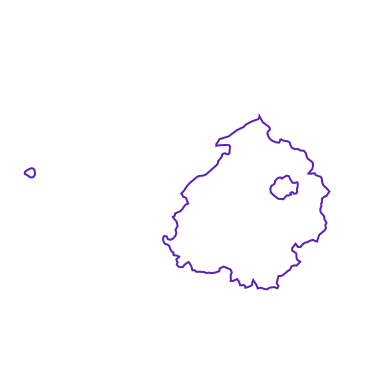 outline of North Gyeongsang, rotated 227°
{"feature_id": "KOR-2509", "entity_name": "North Gyeongsang", "entity_type": "Metropolitan City", "adm_level": 1, "iso_a3": "KOR", "parent_name": "South Korea", "parent_adm1": "", "projection": "equal_earth", "projection_center": [128.783, 36.538], "detail": "fine", "context": "isolated", "style": "outline", "palette": "violet", "viewbox_px": 384, "rotation_deg": 227, "n_neighbors": 0, "source": "natural_earth", "source_scale": "10m", "svg_char_len": 3824}
<svg xmlns="http://www.w3.org/2000/svg" viewBox="0 0 384 384"><g transform="rotate(227 192 192)"><path d="M198.1,183.0L198.5,187.5L199.7,192.0L200.1,196.5L199.6,205.8L199.1,207.8L196.6,211.1L195.6,212.9L195.2,215.1L194.9,228.3L195.2,230.1L195.7,231.1L196.2,231.5L196.7,232.0L197.1,235.7L197.8,238.6L198.4,239.1L198.9,239.7L198.6,241.4L197.9,242.4L197.1,242.8L196.2,243.1L194.9,244.3L194.8,245.8L196.5,247.6L197.8,249.1L199.1,250.8L200.8,251.1L202.9,249.3L208.1,243.1L209.2,241.3L210.5,242.5L210.8,244.4L211.4,246.3L211.9,248.5L210.6,250.7L207.6,257.0L207.4,259.9L206.5,267.4L204.4,273.9L204.5,278.0L202.4,285.1L200.8,288.5L200.1,290.2L200.7,292.2L201.4,293.0L194.8,291.3L187.0,292.8L185.7,292.4L184.6,291.6L184.4,290.2L184.4,288.5L183.6,287.2L180.7,285.8L177.9,285.2L175.0,285.6L171.5,287.0L168.7,289.3L169.2,290.8L170.0,292.2L169.5,293.3L168.2,293.4L166.1,294.7L164.1,296.4L161.7,297.3L159.3,296.0L156.1,295.2L153.1,296.5L152.2,297.8L151.0,298.9L149.8,299.1L148.6,299.5L145.9,301.9L142.8,301.8L140.3,300.3L137.5,299.4L134.4,300.0L131.4,300.4L128.8,298.6L126.8,295.8L126.1,289.8L124.2,291.4L122.1,294.5L119.8,294.0L115.4,296.5L113.1,296.0L110.9,294.2L108.7,293.1L106.3,292.6L103.8,293.0L98.7,292.8L97.4,287.7L98.4,285.2L98.5,282.7L97.4,281.3L96.1,280.4L95.8,279.5L95.3,278.4L93.5,277.1L92.4,274.8L90.8,273.0L88.7,272.2L86.4,272.2L84.0,272.0L82.6,271.0L81.6,270.1L79.1,269.8L78.4,269.6L77.7,269.3L77.4,268.4L77.3,267.5L76.6,266.8L75.8,266.2L74.1,265.2L73.5,262.7L73.9,255.7L70.5,249.6L72.5,248.5L74.6,247.8L75.9,245.1L76.6,242.3L77.2,241.0L78.0,240.0L78.2,238.2L78.2,236.7L77.8,233.8L79.8,231.9L81.7,232.3L83.5,232.5L82.6,226.8L80.7,225.3L76.5,226.4L74.9,225.6L72.6,223.5L70.6,222.8L67.2,223.6L66.8,218.4L68.6,216.7L69.8,214.2L68.9,212.5L68.4,210.6L68.9,208.0L69.2,202.0L70.1,199.5L71.6,198.0L67.6,191.7L64.3,191.2L63.4,188.7L64.6,188.1L65.8,187.8L67.0,186.5L68.9,183.8L69.4,182.7L69.3,181.7L69.6,180.4L72.1,178.6L75.0,177.1L76.8,174.3L79.9,175.7L85.8,176.7L84.6,174.3L83.0,172.1L83.6,169.9L84.6,167.5L85.6,165.7L86.9,166.6L88.6,166.5L89.9,164.5L91.3,163.6L92.7,164.5L95.2,165.4L97.6,165.6L98.2,163.8L98.6,162.2L99.4,160.7L100.5,159.6L101.6,160.9L102.9,161.9L104.9,163.7L106.1,166.3L109.0,167.3L115.9,164.3L117.2,160.0L116.1,158.9L115.5,157.9L116.5,155.8L117.4,153.8L119.2,151.1L121.8,149.1L122.5,147.8L123.5,146.9L125.2,146.3L126.6,144.9L128.7,143.0L130.6,140.9L131.4,140.4L132.3,140.8L133.5,140.1L134.5,138.9L136.6,140.1L138.6,141.0L141.1,141.5L143.1,141.8L143.6,139.4L143.9,136.9L143.4,134.3L144.8,132.3L147.1,131.2L149.3,131.4L150.5,133.6L152.1,133.9L153.5,134.7L153.3,136.6L153.5,138.5L155.9,137.5L158.3,135.5L159.3,136.0L160.0,137.0L160.9,137.1L162.0,136.6L165.2,137.2L168.2,138.7L170.4,138.1L172.6,136.8L175.4,137.5L178.0,139.2L178.8,141.7L176.8,143.2L174.4,142.2L172.9,142.8L171.5,143.9L170.9,146.6L171.3,150.2L173.0,152.9L175.7,154.2L176.3,156.5L177.1,158.5L179.0,159.4L180.7,160.5L186.8,160.9L186.4,163.4L187.2,164.1L187.8,164.9L186.9,167.7L185.8,170.6L186.1,173.6L186.8,176.3L187.1,178.7L186.1,181.3L191.9,183.6L194.5,182.3L197.2,183.0L198.1,183.0ZM141.9,266.9L143.2,265.5L143.7,263.7L143.6,261.9L143.4,260.2L142.6,259.3L141.9,258.3L141.9,255.5L142.3,254.8L142.3,253.9L141.3,251.9L137.9,249.3L133.6,249.6L128.3,250.4L124.4,253.9L124.9,258.9L123.5,260.5L122.6,262.7L123.4,262.8L124.1,263.1L124.0,264.2L123.6,265.2L122.3,265.5L121.1,265.5L119.9,267.2L120.4,269.2L121.7,269.8L122.9,271.0L123.9,273.1L125.3,274.4L126.3,275.1L127.1,275.7L127.7,275.2L128.9,272.9L130.1,271.9L132.8,272.2L137.6,273.6L139.4,272.4L139.7,271.3L139.7,270.6L140.4,268.4L140.6,267.5L140.5,266.8L141.3,266.7L141.9,266.9ZM319.2,82.1L320.6,83.3L320.5,86.0L319.6,89.1L318.7,91.1L317.1,91.9L315.0,91.5L313.0,90.2L311.6,88.5L311.2,86.3L311.9,84.7L313.3,83.6L316.3,83.1L318.2,82.4L319.2,82.1Z" fill="none" stroke="#5b21b6" stroke-width="2"/></g></svg>